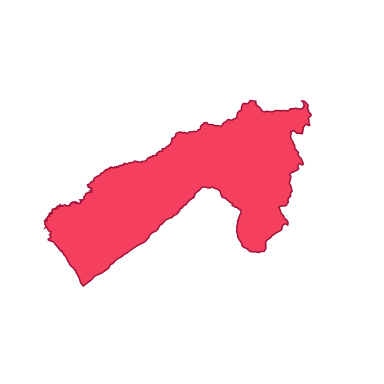 outline of Acacías, Meta, Colombia, rotated 131°
{"feature_id": "7082276B9890611779462", "entity_name": "Acacías", "entity_type": "district", "adm_level": 2, "iso_a3": "COL", "parent_name": "Colombia", "parent_adm1": "Meta", "projection": "robinson", "projection_center": [-73.729, 4.023], "detail": "fine", "context": "isolated", "style": "filled", "palette": "rose", "viewbox_px": 384, "rotation_deg": 131, "n_neighbors": 0, "source": "geoboundaries", "source_scale": "gbopen_adm2", "svg_char_len": 6069}
<svg xmlns="http://www.w3.org/2000/svg" viewBox="0 0 384 384"><g transform="rotate(131 192 192)"><path d="M97.3,126.8L96.9,128.2L95.3,131.0L95.0,134.4L94.4,136.4L92.1,137.6L92.3,139.8L91.8,141.0L92.0,142.6L89.3,145.3L88.6,147.9L87.7,148.9L87.1,152.1L86.2,152.8L85.0,154.4L82.6,155.6L81.9,156.9L81.5,156.9L80.3,155.9L78.7,155.5L78.9,151.7L78.3,150.5L76.3,148.5L76.2,147.3L74.6,147.3L73.2,148.8L72.4,148.8L71.5,149.3L70.7,150.6L69.8,150.2L69.2,150.5L66.5,150.5L65.8,150.0L65.4,147.6L64.4,146.9L62.7,149.6L61.7,150.2L59.3,153.2L57.4,152.2L55.7,152.5L55.2,153.4L55.0,156.4L54.7,157.0L53.8,157.5L53.7,158.7L52.9,160.3L51.6,160.2L50.2,161.6L49.7,166.6L50.7,168.3L51.4,168.8L51.3,166.6L53.6,163.8L56.4,163.6L58.2,164.4L60.8,168.7L62.5,170.0L64.7,172.4L67.0,172.4L68.8,173.7L68.7,174.4L69.7,175.1L71.2,177.4L72.9,178.5L72.9,179.2L74.4,180.6L75.1,181.9L75.9,182.6L78.9,183.9L82.1,188.6L84.5,190.5L84.9,192.3L84.1,194.6L83.8,197.4L84.2,199.3L83.8,200.5L83.8,201.6L83.3,202.3L82.6,202.1L82.4,203.1L81.6,203.7L82.9,204.6L83.3,206.3L84.3,207.1L84.4,207.8L85.5,208.1L88.6,207.7L91.6,211.4L94.8,210.7L98.2,208.3L99.3,209.3L102.2,209.6L106.8,207.1L108.4,207.6L110.0,208.6L111.8,209.0L113.1,211.6L113.9,212.5L117.0,212.5L118.6,213.4L119.9,213.5L123.0,212.9L123.9,213.6L124.5,215.3L127.2,218.7L127.5,220.3L130.4,224.1L129.9,226.5L132.5,228.5L133.0,228.0L134.1,228.1L135.1,228.7L136.6,228.6L139.2,227.1L141.4,228.1L142.8,228.0L144.1,228.7L144.8,230.3L147.2,231.7L147.8,233.1L151.1,234.2L151.6,236.3L153.1,237.5L153.3,238.3L154.1,239.1L154.2,240.0L156.0,241.4L158.3,242.3L159.1,242.2L160.4,241.1L162.2,241.2L163.9,241.7L164.6,242.3L165.4,241.6L166.2,241.5L167.0,240.6L170.1,239.7L172.2,240.2L173.0,240.0L173.8,240.6L175.6,241.0L177.2,240.8L177.8,241.2L178.8,242.8L180.2,242.0L180.8,241.2L182.3,243.1L183.4,243.6L184.9,243.4L185.8,244.0L186.6,243.9L187.2,242.8L187.6,242.7L190.3,245.3L191.1,245.2L191.9,245.6L192.7,246.7L193.4,246.3L195.7,247.7L197.3,247.2L199.0,247.5L200.4,248.3L201.9,250.0L202.9,249.9L204.0,251.0L204.4,252.4L205.3,253.4L205.5,254.4L206.3,255.5L209.2,256.4L210.9,258.4L212.8,258.9L213.9,260.0L214.4,261.5L214.8,261.9L216.9,261.7L217.4,262.6L218.7,262.5L218.8,263.4L220.2,264.2L221.1,264.4L221.7,264.0L222.0,264.7L222.7,265.0L222.5,265.8L223.1,265.8L223.2,265.3L223.5,265.3L223.9,266.9L225.1,267.1L225.9,267.7L225.7,268.3L226.3,269.5L227.4,269.1L227.9,270.2L229.4,269.8L230.5,271.1L231.6,271.2L232.3,271.9L233.4,271.4L234.2,271.9L236.4,272.0L237.0,272.7L238.6,273.1L239.4,272.3L240.0,272.3L242.1,273.8L243.1,274.2L244.0,274.2L245.3,274.9L247.5,274.2L248.5,273.4L249.5,274.4L251.0,274.8L253.1,274.5L255.0,275.6L255.5,275.4L255.5,274.2L256.4,273.7L256.1,272.7L255.2,271.8L256.0,270.9L255.3,269.5L256.1,269.2L256.5,268.7L257.9,269.9L258.1,269.3L257.5,268.4L257.8,267.9L259.8,269.2L260.2,270.1L261.2,270.1L262.7,271.1L264.8,270.2L266.8,270.5L267.4,269.1L268.3,268.7L269.1,268.9L269.7,269.9L270.7,270.4L271.5,271.3L271.6,270.2L271.2,269.1L271.6,268.9L272.2,270.1L273.7,268.8L275.0,269.9L275.2,271.3L276.4,271.6L276.1,272.4L277.1,273.2L276.9,273.5L276.0,273.4L277.3,275.0L278.1,275.5L278.9,275.2L279.4,276.1L280.1,275.6L280.9,276.1L281.8,275.9L282.3,274.9L282.6,275.0L283.0,275.9L283.7,276.2L283.9,276.9L284.5,277.2L284.9,278.3L284.9,279.0L285.4,279.7L286.1,279.9L287.1,280.9L287.3,280.4L287.8,280.5L287.9,281.6L288.7,281.7L288.8,282.2L288.1,283.1L289.0,283.1L289.1,282.5L289.5,282.4L289.9,282.7L289.7,283.4L290.9,283.4L291.0,284.2L291.3,284.4L291.9,283.2L292.5,283.7L292.9,283.0L293.4,284.3L293.8,284.3L293.9,283.6L294.7,283.7L295.3,285.3L296.1,285.5L296.5,285.9L298.2,285.5L298.5,284.5L299.9,284.4L299.8,283.8L300.6,284.4L300.4,285.0L301.0,285.5L301.6,285.3L301.4,284.7L302.1,285.1L302.0,284.3L302.9,285.0L303.5,284.6L303.7,283.0L304.0,284.5L305.4,284.8L306.2,284.2L307.3,284.0L307.6,284.3L307.7,283.3L308.9,282.6L308.6,283.6L309.7,283.5L309.8,284.5L310.3,284.5L310.4,283.5L311.1,283.7L311.2,282.7L312.8,282.0L313.7,279.5L315.1,279.3L313.8,278.8L315.3,274.9L315.1,273.1L314.7,272.2L316.8,271.4L317.7,271.6L318.5,268.7L319.9,268.9L321.6,269.6L322.4,269.2L322.1,267.4L320.5,264.1L322.7,252.0L322.0,251.5L323.3,247.8L323.7,244.3L324.8,242.4L327.2,235.8L327.3,230.5L327.9,229.4L327.5,228.8L328.4,227.4L330.4,222.0L331.7,219.4L333.5,216.7L334.3,212.4L324.3,210.3L319.2,210.3L312.3,206.9L304.1,204.9L300.5,206.1L298.0,204.8L294.3,204.8L291.6,204.4L286.8,202.6L283.2,202.1L280.6,201.0L277.2,200.5L267.9,197.9L260.5,194.9L254.4,194.8L252.6,195.6L250.0,195.5L247.5,194.8L245.3,193.7L243.0,193.3L238.2,194.5L235.5,193.5L230.6,193.6L227.6,192.3L224.5,190.5L221.0,190.1L219.3,189.1L218.2,188.9L214.3,189.1L212.3,189.9L210.3,188.9L208.0,189.3L205.1,188.1L203.1,188.8L201.3,188.2L200.0,188.9L198.6,187.9L196.9,187.9L196.0,187.2L194.8,186.9L193.3,187.7L192.2,187.8L191.1,188.8L186.3,187.6L182.3,187.5L181.2,187.1L179.6,185.2L178.4,182.6L177.2,181.1L174.9,180.1L174.2,176.8L173.1,174.3L172.9,172.1L173.0,171.2L175.0,168.3L176.1,165.7L174.7,162.4L174.9,160.1L174.6,158.6L174.9,156.3L174.0,154.1L175.8,153.0L175.1,151.3L175.3,149.7L174.1,148.0L174.2,145.4L173.8,143.9L174.0,142.8L176.2,140.9L177.9,141.0L179.1,140.0L180.3,140.0L183.2,138.7L184.0,138.6L185.4,137.2L188.5,135.6L191.0,133.4L192.7,132.3L193.9,129.9L195.5,128.5L196.3,127.2L198.3,120.6L199.8,119.0L199.7,116.3L198.3,112.3L199.0,111.7L198.6,108.7L196.8,106.2L195.4,105.1L195.2,104.1L194.2,103.3L194.2,102.1L192.2,101.2L189.4,98.6L186.3,99.1L184.9,100.2L184.6,101.3L183.2,101.5L182.2,103.3L179.3,103.9L175.4,102.8L172.3,102.9L169.7,102.0L168.7,102.1L162.9,99.8L161.1,99.8L159.7,100.8L157.6,101.5L156.3,101.5L155.2,100.9L154.5,100.0L154.1,98.1L152.1,99.4L151.5,100.5L151.0,102.1L151.2,104.6L149.8,107.7L149.6,110.6L146.6,115.8L146.5,116.6L144.3,115.6L141.3,112.6L139.8,111.9L138.8,112.8L136.5,112.5L135.7,113.7L134.1,115.0L130.5,114.8L128.2,117.0L125.8,116.9L122.4,121.5L122.0,123.7L120.6,124.8L116.3,126.8L115.1,128.3L114.5,130.0L111.6,129.5L110.3,128.4L108.7,128.1L106.3,126.8L104.2,126.9L103.1,129.3L101.1,129.6L99.6,128.9L99.6,127.0L99.2,126.5L98.3,126.2L97.3,126.8Z" fill="#f43f5e" stroke="#9f1239" stroke-width="1.5"/></g></svg>